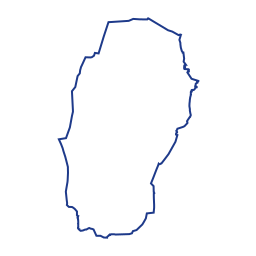 Benguet, Benguet, Philippines (Mercator projection), rotated 182°
{"feature_id": "2640588B49362051778248", "entity_name": "Benguet", "entity_type": "district", "adm_level": 2, "iso_a3": "PHL", "parent_name": "Philippines", "parent_adm1": "Benguet", "projection": "mercator", "projection_center": [120.629, 16.553], "detail": "fine", "context": "isolated", "style": "outline", "palette": "blue", "viewbox_px": 256, "rotation_deg": 182, "n_neighbors": 0, "source": "geoboundaries", "source_scale": "gbopen_adm2", "svg_char_len": 4517}
<svg xmlns="http://www.w3.org/2000/svg" viewBox="0 0 256 256"><g transform="rotate(182 128 128)"><path d="M155.8,19.2L151.7,19.3L148.3,17.7L146.3,17.7L145.1,17.7L145.1,18.0L145.0,18.3L144.9,18.6L144.7,18.8L144.5,19.0L144.3,19.1L144.0,19.3L143.8,19.5L143.7,19.7L143.6,19.8L143.4,20.1L143.2,20.3L142.9,20.5L142.6,20.8L142.4,20.6L142.2,20.4L141.9,20.5L141.7,20.8L141.5,21.0L141.3,21.2L138.0,21.3L136.7,21.1L123.0,22.0L120.4,22.9L119.5,25.1L115.9,26.3L110.3,32.1L108.9,34.6L107.0,38.3L106.2,43.3L99.4,44.3L99.1,49.2L99.2,52.1L99.7,58.6L99.9,62.2L99.9,63.2L99.9,63.4L99.6,63.5L99.4,63.8L99.5,64.0L99.8,64.2L99.8,64.3L99.8,64.6L100.0,64.8L100.0,65.4L100.1,65.5L100.4,70.8L103.1,73.4L101.1,78.9L98.3,87.0L96.6,91.6L96.1,93.3L95.7,92.9L95.3,92.9L94.8,93.0L94.0,93.6L93.4,93.7L90.8,97.3L86.8,103.0L86.7,103.1L80.1,115.9L78.4,122.7L78.7,122.8L79.1,122.8L79.5,122.9L79.7,123.0L79.8,123.2L79.8,123.4L79.8,123.6L79.8,123.9L79.5,124.4L79.5,124.6L79.4,124.9L79.3,125.0L79.1,125.1L79.1,125.3L78.8,125.4L78.8,125.5L78.8,125.8L79.3,126.3L79.5,126.5L79.6,126.9L79.5,127.0L79.4,127.2L79.3,127.3L79.0,127.8L78.9,128.1L78.8,128.3L78.7,128.5L78.6,129.0L73.1,131.0L71.6,131.8L68.8,135.0L68.8,135.5L69.2,136.4L69.0,136.7L69.1,137.2L66.6,141.2L66.5,141.3L66.3,141.3L65.7,143.1L66.3,145.2L66.4,145.8L66.8,147.6L66.8,148.8L66.9,149.3L66.9,149.6L67.0,149.9L67.4,152.0L67.4,154.6L67.2,157.1L67.2,158.2L67.1,159.0L66.9,160.9L66.4,162.9L66.5,163.1L66.5,163.4L66.4,163.5L66.2,163.7L66.2,163.8L66.3,164.0L66.4,164.4L66.4,165.0L66.5,166.1L66.4,166.4L66.2,166.4L65.9,166.4L65.7,166.4L65.5,166.8L65.6,167.0L65.8,167.4L65.8,167.9L65.6,168.2L65.1,168.3L64.6,168.3L64.0,168.2L63.4,168.5L62.6,169.4L62.2,170.6L62.0,171.1L61.8,171.2L61.5,171.2L61.3,171.1L61.2,171.0L61.0,170.9L60.9,170.9L60.7,171.2L60.7,171.4L60.9,171.6L61.7,171.8L62.1,171.9L62.3,172.0L62.3,172.3L62.2,172.6L62.1,172.8L62.0,173.0L61.9,173.2L61.9,173.9L61.9,174.3L61.8,174.6L61.4,175.0L61.0,175.3L60.2,175.7L60.2,175.9L60.3,176.1L60.5,176.3L60.6,176.5L60.6,176.8L60.4,176.9L60.2,177.0L59.7,177.1L59.4,177.1L59.3,177.3L59.3,177.5L66.2,179.4L70.6,185.6L70.5,185.8L70.4,185.9L70.3,186.0L70.2,186.5L70.0,186.9L69.9,186.9L69.6,186.8L69.5,186.7L69.2,186.6L69.1,186.8L69.2,187.0L69.3,187.1L69.3,187.3L69.5,187.5L69.7,187.8L69.8,188.1L69.7,188.2L69.6,188.3L69.3,188.4L69.2,188.4L69.2,188.5L69.3,188.6L69.5,188.7L69.6,188.8L73.5,188.9L73.5,189.0L73.8,189.4L73.9,189.6L74.0,189.7L74.0,189.8L73.8,190.0L73.3,190.2L73.2,190.2L73.1,190.4L73.1,190.6L73.2,190.8L73.3,190.9L73.9,191.0L74.0,191.0L74.0,191.4L73.9,191.7L73.8,191.8L73.8,192.0L73.9,192.3L73.9,192.5L73.7,192.7L73.4,192.7L73.2,192.5L73.1,192.4L72.9,192.4L72.9,192.5L72.9,193.1L72.7,193.3L72.4,193.3L74.7,196.2L74.6,197.1L74.4,198.8L74.3,199.1L75.2,204.9L75.4,204.8L75.5,204.8L75.8,205.0L75.7,205.2L75.7,205.3L75.8,205.5L76.1,206.0L76.4,206.1L76.9,206.8L78.0,210.1L78.4,212.5L78.5,213.2L78.6,213.7L78.6,214.8L79.7,217.9L78.7,221.8L78.8,222.2L78.7,222.4L78.6,222.6L78.4,222.8L78.3,223.0L78.6,223.2L79.8,223.0L80.3,222.7L80.7,222.6L87.1,225.9L91.4,227.1L111.4,238.2L111.6,238.3L111.8,238.3L111.9,238.2L111.8,237.8L111.8,237.7L112.0,237.6L112.3,237.4L112.5,237.2L119.9,237.0L126.6,237.2L131.0,235.1L147.9,233.4L151.2,233.1L155.4,218.7L160.0,201.5L163.7,201.9L164.5,199.1L166.6,197.5L168.0,197.2L172.9,197.2L176.1,189.5L177.1,187.2L177.5,185.4L177.8,184.3L178.1,180.9L180.2,178.1L182.1,167.1L185.3,162.8L183.9,146.4L183.7,144.2L183.6,142.3L184.4,138.2L186.1,126.6L189.6,115.7L196.7,114.3L194.4,109.7L192.6,105.5L191.7,102.6L189.7,97.1L188.2,92.1L186.7,86.9L186.7,86.1L186.4,81.1L186.5,73.6L186.6,71.9L187.6,64.6L187.9,62.2L186.9,55.1L186.8,54.3L186.2,50.8L186.4,48.9L184.4,47.1L183.1,47.1L181.2,47.1L179.9,46.4L178.4,45.3L176.1,42.8L176.0,39.7L175.9,39.5L176.0,39.2L175.9,39.0L175.7,38.9L175.2,38.5L175.0,38.3L174.8,38.1L174.7,38.1L174.8,37.7L175.0,37.5L175.1,37.4L175.3,37.3L175.3,37.2L175.3,36.9L175.2,36.9L175.1,36.6L174.9,36.4L174.9,36.2L175.0,35.9L175.0,35.7L174.8,35.4L174.7,35.1L174.8,34.9L174.8,34.7L174.7,34.5L174.7,34.2L174.6,33.8L174.5,33.6L174.5,33.2L174.5,32.9L174.4,31.3L174.5,31.1L174.5,30.9L174.6,30.7L174.5,30.4L174.4,30.4L174.3,30.2L174.4,29.8L174.3,27.9L174.2,27.6L174.2,27.3L174.4,27.2L174.5,27.0L174.5,26.9L174.4,26.7L174.5,26.3L174.5,26.2L174.4,26.0L174.2,25.9L174.1,25.6L173.8,25.3L173.7,25.1L173.4,25.1L173.2,25.1L173.2,24.9L173.0,24.7L172.9,24.6L172.7,24.2L171.7,23.6L169.5,24.0L167.3,25.0L166.0,25.1L164.8,25.9L163.3,26.7L161.7,26.1L160.3,25.9L158.9,25.4L155.8,19.2Z" fill="none" stroke="#1e3a8a" stroke-width="2"/></g></svg>